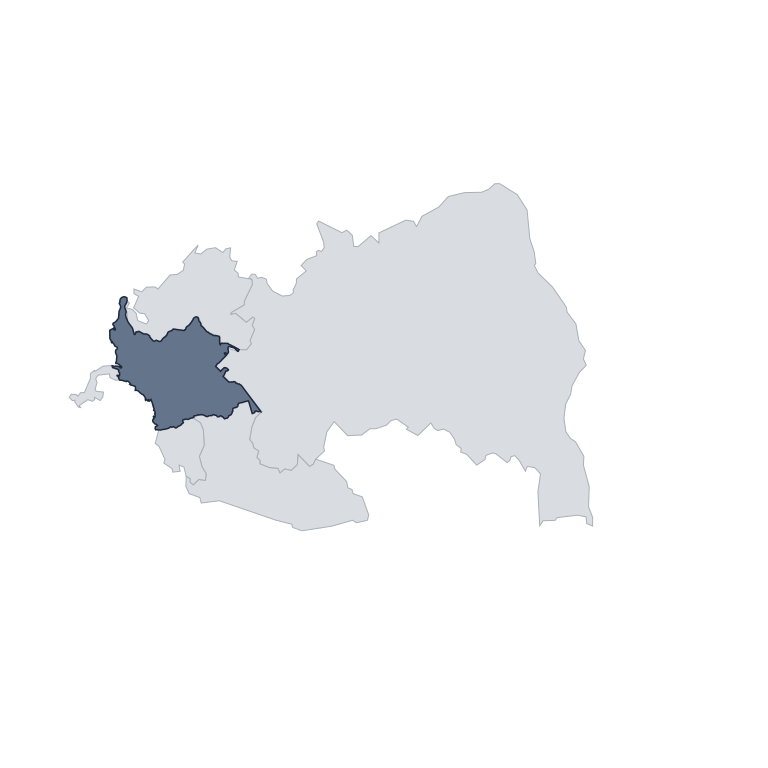 Colombia shown with its bordering countries, rotated 314°
{"feature_id": "COL", "entity_name": "Colombia", "entity_type": "country or territory", "adm_level": 0, "iso_a3": "COL", "parent_name": "South America", "parent_adm1": "", "projection": "robinson", "projection_center": [-72.763, 4.099], "detail": "fine", "context": "with_neighbors", "style": "filled", "palette": "slate", "viewbox_px": 768, "rotation_deg": 314, "n_neighbors": 5, "source": "natural_earth", "source_scale": "50m", "svg_char_len": 10910}
<svg xmlns="http://www.w3.org/2000/svg" viewBox="0 0 768 768"><g transform="rotate(314 384 384)"><path d="M426.7,632.8L424.5,626.7L428.8,621.6L424.0,614.3L408.2,601.4L404.8,601.8L396.1,593.4L390.1,594.6L413.6,569.4L428.0,559.1L428.6,550.5L424.2,544.3L419.5,546.3L423.1,533.8L423.3,527.8L420.0,525.9L416.5,527.6L413.0,527.1L411.5,513.1L409.8,509.9L403.6,507.0L399.7,509.1L390.0,507.0L390.9,492.4L388.3,486.4L391.3,484.2L390.5,478.1L393.2,473.3L395.0,464.9L393.0,458.2L387.9,455.1L387.0,450.9L388.5,444.7L370.5,444.2L367.0,431.7L369.8,431.5L367.6,417.5L362.2,414.3L356.2,414.4L346.0,409.1L342.3,405.1L331.7,403.3L321.6,393.7L322.3,374.3L309.9,376.1L296.6,384.5L294.5,387.7L282.5,387.1L277.2,388.9L272.9,387.7L273.6,371.3L265.8,377.7L257.4,377.4L253.9,371.6L247.6,371.0L249.6,366.4L244.3,359.8L240.3,350.1L242.8,348.2L242.8,343.6L248.6,340.5L247.6,334.7L250.0,330.9L250.7,325.9L261.6,318.6L270.7,314.9L279.2,315.4L283.8,281.2L282.3,275.0L278.0,271.1L278.1,263.3L283.5,261.5L285.4,262.6L285.7,258.5L280.1,257.4L280.0,250.6L298.5,250.9L301.6,247.2L306.2,256.9L307.9,255.6L313.2,261.3L320.6,260.6L322.4,257.3L333.4,253.0L334.5,248.5L341.3,245.4L340.8,243.1L332.7,242.2L331.7,228.2L327.5,225.4L329.3,224.4L343.9,228.5L346.6,225.9L364.1,220.2L367.5,216.1L366.2,213.1L371.2,212.6L373.4,215.1L372.2,219.8L375.5,221.5L377.7,226.5L375.0,230.3L373.5,239.4L376.7,249.9L382.6,254.9L387.2,255.4L388.3,253.3L395.6,251.0L398.7,248.1L411.4,249.5L411.6,242.1L419.9,241.9L429.5,246.4L432.5,243.5L434.6,244.0L435.9,247.0L440.5,246.2L444.1,242.1L452.5,224.3L455.8,223.8L463.6,248.6L468.7,250.4L469.0,257.8L461.9,266.7L464.8,269.9L481.7,271.6L481.9,282.4L489.2,275.4L516.9,285.8L521.5,292.1L519.9,298.1L531.0,294.8L549.4,300.5L563.6,300.0L577.6,309.0L589.7,321.0L596.9,324.1L605.0,324.6L608.4,328.0L612.8,348.2L608.6,366.0L589.8,388.0L583.4,400.2L576.1,409.5L573.7,409.8L570.9,417.7L570.8,437.9L566.0,461.6L562.9,465.8L560.6,480.2L550.4,494.3L548.2,505.4L540.5,510.1L538.0,516.5L527.9,516.5L513.1,520.6L506.3,525.4L495.8,528.6L484.5,537.1L476.1,547.8L474.3,555.9L475.5,561.8L470.8,578.0L464.1,583.9L452.8,602.8L437.8,616.4L433.0,626.7L426.7,632.8Z" fill="#d9dde1" stroke="#a8b0b8" stroke-width="1"/><path d="M279.2,315.4L270.7,314.9L261.6,318.6L250.7,325.9L250.0,330.9L247.6,334.7L248.6,340.5L242.8,343.6L242.8,348.2L240.3,350.1L244.3,359.8L249.6,366.4L247.6,371.0L253.9,371.6L257.4,377.4L265.8,377.7L273.6,371.3L272.9,387.7L277.2,388.9L282.5,387.1L290.7,404.4L288.6,408.0L287.9,424.8L284.2,430.2L285.9,434.2L283.7,437.8L287.7,446.8L279.2,464.0L274.4,466.7L265.0,460.5L264.2,456.1L245.6,445.3L221.4,426.9L217.4,418.0L219.0,414.9L210.9,400.8L185.6,346.6L171.4,335.2L174.4,330.4L169.8,320.1L172.7,312.6L180.3,305.8L181.4,310.3L178.7,312.8L179.0,316.8L186.7,317.1L190.7,322.5L196.1,318.1L197.9,310.8L203.7,301.4L215.1,297.2L225.5,285.9L228.5,278.9L227.1,270.7L229.7,269.7L243.4,282.7L249.0,294.0L256.1,295.3L261.4,292.5L264.8,294.3L270.5,293.4L277.8,298.5L271.6,309.4L274.5,309.7L279.2,315.4Z" fill="#d9dde1" stroke="#a8b0b8" stroke-width="1"/><path d="M208.4,175.7L207.3,177.3L209.5,183.6L207.7,186.8L204.6,186.1L203.4,191.3L200.2,188.2L198.2,182.4L200.6,179.5L191.7,172.2L187.6,172.9L185.6,176.6L179.7,179.7L178.8,182.0L183.3,187.8L179.3,190.8L174.9,191.3L173.3,184.9L172.0,186.7L168.9,186.1L167.0,181.8L156.6,179.8L156.3,182.1L155.2,180.5L156.2,174.2L157.6,173.0L155.6,171.4L155.6,167.0L159.3,166.1L162.7,169.9L162.4,172.2L167.1,171.8L169.7,174.5L184.2,168.8L187.4,165.6L192.7,166.2L192.3,167.3L201.8,169.5L208.4,175.7Z" fill="#d9dde1" stroke="#a8b0b8" stroke-width="1"/><path d="M359.8,204.9L367.5,216.1L364.1,220.2L346.6,225.9L343.9,228.5L329.3,224.4L327.5,225.4L331.7,228.2L332.7,242.2L340.8,243.1L341.3,245.4L334.5,248.5L333.4,253.0L322.4,257.3L320.6,260.6L313.2,261.3L307.9,255.6L305.0,244.9L299.0,238.7L303.9,233.4L298.9,220.6L299.6,212.9L303.4,203.4L300.1,201.6L284.0,203.4L277.3,194.1L271.8,192.8L259.6,193.8L257.3,190.0L255.0,189.1L255.0,178.6L251.7,171.2L246.8,170.5L250.6,156.5L257.0,149.4L259.4,144.1L265.5,142.3L265.2,144.8L259.7,146.1L262.8,150.9L262.7,156.6L258.5,162.8L262.1,171.4L266.2,170.7L268.3,162.9L265.3,159.1L264.8,151.0L276.6,146.6L275.3,141.5L278.6,138.1L282.0,145.7L288.6,145.8L294.8,151.9L295.2,155.4L313.8,154.4L319.3,159.2L326.5,160.6L331.8,157.2L331.9,154.5L354.9,153.7L346.9,156.9L350.2,161.9L357.8,162.8L365.0,168.1L366.6,176.7L371.5,176.4L375.3,179.0L367.8,185.3L367.0,189.2L370.3,193.2L362.1,197.0L362.3,202.0L359.8,204.9Z" fill="#d9dde1" stroke="#a8b0b8" stroke-width="1"/><path d="M227.1,270.7L228.5,278.9L225.5,285.9L215.1,297.2L203.7,301.4L197.9,310.8L196.1,318.1L190.7,322.5L186.7,317.1L179.0,316.8L178.7,312.8L181.4,310.3L180.3,305.8L185.3,297.7L183.3,293.0L179.6,298.0L173.9,293.3L175.9,290.3L174.2,280.5L177.6,278.9L182.9,265.2L182.3,260.8L194.0,254.2L205.3,260.2L207.6,264.8L215.7,266.3L218.4,264.6L227.1,270.7Z" fill="#d9dde1" stroke="#a8b0b8" stroke-width="1"/><path d="M265.6,141.3L263.6,142.3L259.6,143.4L259.1,144.1L256.8,148.5L255.0,149.4L254.3,150.0L252.6,152.4L252.2,153.6L251.0,156.1L250.3,159.3L249.6,163.7L249.1,165.0L247.6,167.4L246.3,169.7L246.2,170.1L246.5,170.4L247.9,170.1L249.2,169.4L249.6,169.6L250.1,170.7L250.6,170.8L251.1,170.7L251.6,171.0L252.9,176.2L255.2,178.8L255.5,179.8L255.8,182.0L255.0,183.3L254.7,187.1L254.7,188.1L255.0,188.8L255.5,189.2L257.2,189.7L258.4,192.7L259.1,193.4L260.2,193.8L262.8,193.4L264.3,193.4L266.6,193.9L267.5,193.8L268.6,193.8L270.5,192.9L271.2,192.7L272.0,192.8L273.1,193.3L274.5,194.0L275.7,194.3L277.0,194.2L277.3,194.4L283.6,203.1L284.3,202.9L284.7,203.0L285.1,203.4L285.8,203.2L286.8,202.5L288.3,202.3L290.2,202.8L292.7,202.8L295.8,202.3L297.8,201.9L298.5,201.4L299.8,201.4L301.3,201.9L302.1,202.5L302.5,204.2L302.2,205.2L301.2,206.3L300.7,207.6L300.6,209.2L300.1,210.4L299.2,211.2L298.9,212.3L299.1,213.8L299.0,216.0L298.6,218.9L298.6,220.6L299.0,221.1L299.2,221.9L299.1,223.0L299.3,223.9L299.8,225.1L300.4,227.5L301.0,228.5L302.0,229.3L303.8,232.3L303.5,233.1L303.4,233.3L301.8,234.8L298.8,237.9L298.6,238.3L298.6,239.0L299.5,238.6L300.9,239.0L301.1,239.3L301.3,240.1L302.1,240.6L303.0,241.5L303.8,242.5L304.7,243.4L304.9,244.0L304.7,244.6L305.2,246.0L305.5,246.5L305.7,247.0L305.5,247.6L305.9,248.2L306.9,251.0L306.9,251.9L307.2,252.3L307.4,253.4L307.9,254.5L307.8,255.2L308.0,255.9L306.2,256.4L305.9,256.1L305.9,251.7L305.6,250.8L303.4,246.6L303.0,246.3L302.4,246.3L302.0,246.4L301.5,246.8L301.0,247.2L299.0,249.8L298.4,250.1L297.9,250.3L297.4,250.2L296.9,249.8L296.0,248.0L295.4,247.7L295.2,248.0L294.8,249.2L295.6,250.6L284.7,250.6L284.0,250.5L283.3,250.2L282.6,250.0L282.2,250.0L281.6,250.4L280.7,250.4L280.1,250.7L279.7,250.7L279.6,257.7L280.2,257.5L280.6,257.5L280.9,257.7L281.8,257.5L283.3,257.7L283.6,257.9L283.9,257.9L284.3,257.6L284.8,257.8L285.3,258.2L285.9,259.4L286.2,259.8L286.2,261.0L286.1,261.4L286.3,262.0L286.1,262.3L285.1,262.3L284.8,262.1L284.3,262.1L284.0,261.9L283.8,261.6L283.3,261.2L282.7,261.4L281.7,262.0L281.3,261.9L280.9,262.1L280.1,262.6L277.7,262.9L277.6,270.6L277.8,271.2L279.0,272.5L279.9,273.2L280.6,274.0L281.4,274.3L281.7,274.6L281.9,275.1L282.1,276.0L281.8,276.9L281.9,277.3L282.2,277.7L282.6,279.0L283.5,279.9L283.5,280.9L283.8,281.5L283.9,282.0L283.8,282.5L283.6,284.4L283.2,286.6L278.7,314.3L278.5,314.7L278.1,313.9L277.3,313.2L276.6,312.7L275.9,310.9L275.0,310.2L274.6,310.2L274.2,310.6L273.6,310.8L273.2,310.7L271.2,309.8L277.5,298.7L277.6,298.2L277.3,297.7L275.9,297.2L275.4,296.6L274.8,296.3L274.3,295.9L273.3,295.5L272.8,295.2L272.1,295.0L271.5,294.3L269.5,293.0L269.0,292.9L267.6,293.3L266.9,294.0L265.9,294.3L264.9,294.2L264.5,293.8L264.0,293.7L263.4,293.1L261.6,292.3L261.1,292.4L259.4,294.2L258.7,294.1L257.9,294.7L257.1,295.0L255.5,295.3L253.3,294.4L252.4,294.9L251.5,295.0L250.8,295.0L250.3,294.9L249.8,294.3L248.2,293.6L248.1,292.9L248.5,291.5L247.8,288.8L247.6,288.4L247.2,288.2L246.4,288.3L245.5,287.8L245.0,287.3L244.7,286.8L245.0,285.7L244.7,284.7L244.2,284.2L243.9,283.3L243.4,282.6L242.7,282.2L242.0,282.2L241.5,282.0L240.9,281.2L240.3,280.9L239.7,280.2L238.5,279.9L237.8,279.6L237.0,278.3L237.1,277.8L236.8,277.4L236.2,275.4L235.8,274.7L234.3,273.1L233.0,272.3L232.6,271.3L231.7,271.3L231.2,271.1L230.6,270.8L229.4,269.6L228.5,269.6L228.0,270.3L226.3,269.5L224.8,268.4L223.3,268.1L222.3,267.5L220.9,265.7L220.5,265.4L218.6,264.4L218.2,264.3L217.5,264.7L217.2,265.0L217.1,266.3L216.5,266.6L215.4,266.5L214.7,266.2L214.2,266.2L214.1,266.4L213.9,266.5L213.3,266.4L211.6,265.9L210.6,265.3L210.1,265.4L208.9,265.2L207.9,264.9L207.6,264.5L207.2,262.2L205.9,261.7L205.5,261.3L205.0,260.1L203.8,260.2L201.8,259.4L199.2,257.8L197.3,256.2L195.7,255.3L195.1,254.5L194.0,253.4L193.7,252.7L192.4,251.6L193.0,250.2L194.6,249.2L196.7,250.0L196.9,248.4L196.2,247.0L196.3,244.3L196.5,243.7L197.1,243.0L197.8,242.5L198.2,242.4L198.9,242.6L199.3,242.1L201.0,242.3L201.5,242.1L202.3,241.4L202.8,240.8L203.1,240.0L203.4,239.7L203.9,239.8L204.0,239.5L204.3,239.1L205.3,238.1L205.3,237.7L205.0,236.7L205.1,236.4L206.4,236.0L207.7,233.1L208.3,233.0L208.6,231.7L209.4,230.5L211.0,227.0L210.5,227.0L210.1,227.5L209.7,227.4L209.2,227.2L209.3,225.6L209.0,225.4L208.3,226.6L207.6,225.4L207.6,224.6L207.8,223.9L207.8,223.4L206.7,223.7L206.8,223.3L207.5,222.8L207.8,222.3L208.3,221.7L208.6,220.9L209.0,218.2L208.8,217.6L208.5,217.0L208.2,214.4L208.3,212.9L208.2,211.8L207.9,210.8L206.6,209.5L208.6,208.0L209.4,206.8L208.5,204.5L207.3,202.6L207.2,201.4L207.6,201.5L208.0,201.5L208.3,199.0L208.2,198.3L207.6,197.0L206.8,197.0L206.0,195.5L205.6,195.1L205.3,194.1L204.1,192.2L203.2,191.2L203.9,188.9L204.5,188.5L204.7,187.9L204.5,186.5L204.5,186.2L204.8,186.0L205.1,186.3L205.5,186.9L205.9,187.6L206.2,187.9L206.7,187.6L208.4,186.1L208.3,185.6L208.5,184.7L209.1,183.9L209.7,183.7L209.9,183.2L209.8,182.6L209.1,180.9L208.5,180.0L208.1,179.1L207.9,178.3L207.3,177.6L207.5,176.8L208.1,176.0L208.2,175.8L208.5,176.1L209.3,177.6L210.6,178.6L211.9,180.2L212.4,181.4L212.8,181.6L213.2,182.0L213.0,182.3L212.6,182.6L212.5,183.2L212.8,183.6L213.0,183.8L213.8,183.7L214.2,182.9L213.9,179.6L213.5,177.9L213.0,177.4L212.5,176.8L212.9,176.3L213.7,176.0L214.7,175.5L218.7,172.3L220.0,169.3L221.0,168.2L222.2,167.5L223.6,167.7L224.7,167.3L225.0,166.4L224.7,165.1L224.3,164.3L224.7,163.2L225.2,161.5L225.1,160.0L225.7,159.2L225.5,158.8L224.7,159.5L224.1,159.8L225.5,157.9L226.1,155.7L226.6,154.8L228.1,153.6L228.4,153.0L229.6,152.0L231.5,150.0L232.3,149.4L236.0,150.7L237.1,150.7L236.9,150.9L236.4,151.0L235.6,151.3L235.4,152.1L235.9,152.9L236.5,153.1L236.9,152.6L237.4,151.1L238.2,149.5L238.4,147.8L238.9,147.2L239.7,147.0L242.2,147.7L243.3,147.7L246.8,147.4L252.3,142.9L254.9,142.0L256.6,141.0L257.6,139.2L257.9,137.8L258.6,137.3L259.4,137.3L259.8,136.9L259.9,136.5L261.9,135.3L263.0,135.2L263.9,135.2L266.1,136.2L267.2,138.1L267.3,139.4L265.9,140.7L265.6,141.3ZM201.1,241.7L200.8,242.0L200.3,241.5L200.2,241.0L200.5,240.6L200.9,240.7L201.0,241.1L201.1,241.7Z" fill="#64748b" stroke="#1e293b" stroke-width="1.5"/></g></svg>